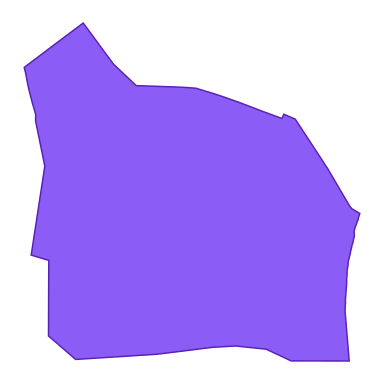 outline of San Juan Guelavía, Oaxaca, Mexico
{"feature_id": "50627088B68780091021819", "entity_name": "San Juan Guelavía", "entity_type": "district", "adm_level": 2, "iso_a3": "MEX", "parent_name": "Mexico", "parent_adm1": "Oaxaca", "projection": "robinson", "projection_center": [-96.523, 16.958], "detail": "fine", "context": "isolated", "style": "filled", "palette": "violet", "viewbox_px": 384, "rotation_deg": 0, "n_neighbors": 0, "source": "geoboundaries", "source_scale": "gbopen_adm2", "svg_char_len": 1529}
<svg xmlns="http://www.w3.org/2000/svg" viewBox="0 0 384 384"><path d="M48.5,336.0L75.6,359.4L76.2,359.4L157.3,354.2L212.7,347.3L235.8,346.0L266.2,349.2L291.1,360.9L349.2,361.0L345.2,312.7L345.1,312.2L345.1,307.8L345.5,302.9L345.4,298.6L345.5,298.3L346.0,292.2L346.2,289.0L346.4,287.4L346.7,282.5L346.6,279.1L347.0,275.9L347.1,273.5L347.1,272.0L347.1,270.8L347.5,268.1L348.0,265.6L348.2,262.0L348.3,261.6L348.4,261.1L348.5,260.7L348.6,260.0L348.8,259.3L349.0,258.6L349.2,258.0L349.4,257.3L349.4,256.8L349.6,256.2L349.7,255.7L349.9,255.0L350.1,254.3L350.2,253.7L350.3,253.3L350.5,252.0L350.6,251.8L350.7,251.0L350.8,250.3L351.3,248.9L351.7,247.3L351.7,246.6L352.0,245.9L352.0,245.1L352.3,244.3L352.4,243.8L352.9,242.9L353.1,241.9L353.5,239.4L353.8,238.4L354.1,237.3L354.4,235.3L354.2,233.0L354.1,231.1L354.5,229.7L354.9,228.2L355.4,226.7L356.0,225.2L356.5,223.8L357.0,222.2L357.6,220.7L358.2,219.5L358.1,219.1L358.5,217.5L359.8,213.5L351.8,208.7L349.8,206.3L327.3,168.0L325.7,165.8L323.5,162.2L295.2,119.1L294.3,118.7L293.7,118.5L293.1,118.2L292.4,117.9L291.8,117.6L291.2,117.4L289.9,116.8L289.3,116.6L288.7,116.3L288.2,116.1L287.6,115.8L287.0,115.6L286.4,115.3L285.0,114.7L284.4,114.4L283.8,114.2L282.0,118.5L260.0,110.4L241.6,103.3L218.3,95.1L195.8,88.2L186.4,87.5L179.1,87.1L136.2,85.6L113.5,64.2L83.2,23.0L55.6,43.7L24.2,67.4L25.7,73.4L27.6,83.7L29.2,90.8L32.6,103.9L34.3,109.6L35.7,114.6L35.5,120.6L44.8,166.0L40.4,195.0L31.2,255.1L48.8,260.4L48.6,300.6L48.5,336.0Z" fill="#8b5cf6" stroke="#5b21b6" stroke-width="1.5"/></svg>